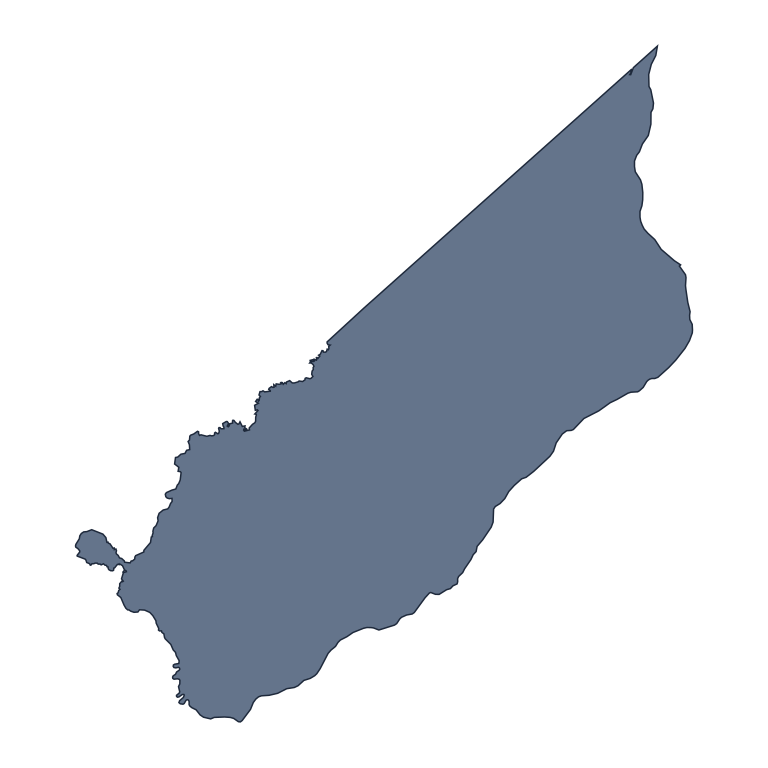 Yondó (Casabe), Antioquia, Colombia
{"feature_id": "7082276B5745739675661", "entity_name": "Yondó (Casabe)", "entity_type": "district", "adm_level": 2, "iso_a3": "COL", "parent_name": "Colombia", "parent_adm1": "Antioquia", "projection": "orthographic", "projection_center": [-74.31, 6.963], "detail": "fine", "context": "isolated", "style": "filled", "palette": "slate", "viewbox_px": 768, "rotation_deg": 0, "n_neighbors": 0, "source": "geoboundaries", "source_scale": "gbopen_adm2", "svg_char_len": 6095}
<svg xmlns="http://www.w3.org/2000/svg" viewBox="0 0 768 768"><path d="M327.1,341.9L327.1,343.1L328.0,344.7L330.2,345.1L328.7,346.4L328.9,348.4L328.4,349.7L327.2,349.1L326.5,351.5L325.4,352.2L323.4,352.1L323.0,350.7L322.0,350.6L320.3,354.2L318.6,355.2L319.8,356.1L318.1,358.3L317.0,357.5L316.4,357.6L316.8,359.7L316.4,360.2L314.4,359.3L314.5,360.8L314.0,361.3L313.2,359.6L310.1,360.4L310.2,361.0L311.8,361.0L312.3,361.5L310.5,361.9L309.7,363.0L311.3,363.0L313.2,364.6L313.9,366.3L313.1,367.7L313.3,369.5L312.1,371.1L311.7,374.3L312.9,376.5L311.1,378.3L309.9,378.7L306.2,377.8L305.1,378.4L305.0,379.8L302.6,381.5L299.1,381.0L298.0,381.9L294.2,383.0L292.2,382.9L289.7,380.6L286.5,382.0L286.2,383.6L284.8,382.7L283.2,384.3L282.3,382.6L281.1,382.4L280.7,382.7L281.3,383.4L281.1,383.9L279.1,384.3L276.2,383.9L275.7,386.2L273.8,384.7L274.0,387.3L272.9,387.4L271.5,386.6L269.1,388.4L268.7,389.4L270.3,390.6L270.3,391.2L264.7,391.9L263.0,390.8L261.7,391.6L260.0,391.6L259.0,395.0L260.4,396.5L259.5,397.5L259.2,400.4L258.5,401.1L257.9,399.3L257.1,399.3L255.6,401.5L258.3,403.3L254.6,405.3L255.3,410.3L257.3,409.8L258.0,410.5L254.8,414.0L256.2,414.3L256.4,414.9L255.7,417.1L255.6,421.3L254.8,422.8L252.5,424.3L249.2,428.0L249.5,429.9L244.4,431.2L243.6,430.2L243.8,429.3L246.3,430.1L247.0,429.8L246.6,428.9L244.7,427.8L245.0,425.9L242.3,426.4L240.0,421.8L238.9,423.9L237.9,424.3L235.3,422.3L234.0,420.5L233.0,420.2L232.5,420.9L232.6,423.1L229.9,423.7L229.0,426.1L228.2,426.8L227.2,426.1L228.6,423.5L227.3,421.6L226.3,421.5L222.7,423.6L223.1,425.9L223.9,427.2L223.9,428.7L221.1,428.8L220.0,427.6L219.0,427.6L218.6,428.3L219.3,431.2L218.8,433.1L217.9,433.8L215.4,432.3L214.6,433.0L214.6,434.6L213.7,435.5L211.8,435.9L210.0,435.4L206.9,436.3L201.0,434.8L199.5,435.4L198.6,433.6L198.6,431.8L197.5,431.3L193.7,434.0L190.6,435.2L189.8,436.2L189.5,440.0L188.1,441.5L189.4,444.7L189.7,449.6L186.6,450.3L185.0,453.4L180.9,454.2L177.7,457.1L175.5,457.5L174.6,464.0L178.8,467.3L178.1,471.3L180.4,471.7L181.1,472.6L180.2,480.0L178.7,483.6L177.3,485.1L175.8,489.0L171.9,490.1L166.4,492.6L165.3,494.2L165.8,496.7L167.1,498.0L169.3,498.7L172.0,498.4L172.1,501.5L170.6,503.4L169.1,507.1L167.7,508.9L163.2,510.0L159.1,513.3L157.6,517.7L158.1,520.8L156.1,525.6L153.7,528.0L152.9,531.3L153.1,532.9L152.2,535.5L152.4,536.6L151.3,537.0L150.5,542.5L143.9,550.3L143.8,552.0L135.7,555.6L134.9,557.0L134.7,559.1L132.6,560.8L131.2,561.0L130.1,562.9L124.6,562.2L124.3,560.9L121.7,558.5L119.5,557.9L118.2,555.4L116.5,554.0L116.0,552.7L116.5,550.7L115.9,549.0L114.3,549.6L114.2,548.0L113.0,548.3L110.0,543.8L108.3,543.1L108.0,542.1L106.9,542.3L105.9,537.6L102.9,534.1L91.7,529.7L86.9,531.6L83.7,531.9L81.3,533.5L79.8,535.8L79.3,538.8L75.9,544.3L75.5,546.0L75.9,547.3L77.8,548.5L79.7,550.8L79.7,552.0L77.1,555.4L77.2,556.1L85.1,559.1L86.0,560.2L86.7,562.5L89.6,563.7L90.3,565.2L91.1,565.0L92.0,563.7L93.9,563.7L95.1,563.1L97.4,563.2L98.1,564.1L100.2,564.1L101.1,564.9L103.5,563.8L105.0,565.2L106.5,565.4L107.1,566.8L108.0,566.9L108.3,568.8L109.0,569.8L110.7,570.7L112.7,570.8L113.6,570.2L113.8,568.1L114.6,567.9L117.4,564.4L118.1,564.6L119.1,563.8L119.6,564.6L120.4,564.3L122.5,565.7L124.5,570.0L126.0,570.7L126.4,571.7L124.2,572.4L123.8,571.0L122.9,572.1L123.2,573.3L121.5,578.9L123.3,581.2L122.6,581.7L121.8,581.2L119.7,583.7L119.7,586.4L118.9,588.1L120.0,589.3L118.7,590.5L118.1,592.8L117.1,593.5L117.4,594.8L120.8,597.5L124.1,605.2L125.9,608.3L127.7,609.9L128.9,609.9L130.8,611.2L134.0,612.3L137.9,612.0L139.5,609.8L144.6,610.1L149.8,612.4L152.8,615.6L155.9,620.7L156.2,623.2L158.7,628.4L158.5,630.1L159.5,630.9L161.5,630.9L161.9,632.4L163.9,633.9L164.5,637.4L165.2,638.8L170.8,644.4L173.2,649.9L175.5,652.4L176.3,655.6L179.2,660.8L178.8,663.5L174.7,664.2L173.4,665.0L173.2,666.4L173.9,667.5L175.8,667.9L178.5,667.3L179.4,667.9L179.8,669.1L179.2,670.2L176.6,672.0L175.5,674.3L173.2,675.8L172.6,677.1L172.8,678.4L174.0,679.2L177.5,678.8L179.4,679.4L179.9,680.4L179.8,683.9L178.5,686.6L179.7,691.7L179.3,693.0L176.5,695.3L176.6,696.5L177.5,697.2L179.0,696.9L182.3,694.5L183.8,694.4L184.3,695.1L183.4,697.4L179.6,700.7L178.9,702.6L180.3,703.8L183.0,704.2L184.2,703.5L186.1,700.2L187.3,699.7L188.4,700.1L189.1,701.4L189.1,704.7L189.8,706.0L191.7,707.6L196.1,709.8L200.1,714.9L203.5,717.2L210.7,718.9L214.2,717.4L224.6,717.0L230.2,717.4L233.7,718.4L238.4,721.7L240.4,721.9L242.2,720.5L250.5,709.4L253.3,702.5L255.8,699.1L258.6,696.8L261.5,695.8L269.1,695.3L277.7,693.3L286.7,688.7L294.3,687.5L298.1,685.7L303.9,680.4L310.2,678.4L314.7,675.7L316.8,673.7L320.2,668.6L328.1,653.4L331.0,650.1L335.5,646.4L338.0,642.4L340.4,640.0L346.9,636.7L353.0,632.5L363.5,628.3L366.9,627.5L371.1,627.6L373.4,627.9L378.9,630.0L394.5,625.1L396.7,623.6L399.8,618.9L401.5,617.3L406.6,615.0L412.2,614.0L414.3,612.5L425.1,597.7L429.4,593.0L430.8,592.5L435.4,594.3L439.1,594.4L446.6,589.7L450.4,588.6L453.0,585.8L457.1,583.9L457.7,581.7L457.6,578.7L458.6,576.5L462.7,572.6L464.6,568.8L470.9,559.6L473.2,554.7L476.1,551.6L477.1,546.4L482.7,539.8L491.2,527.2L493.1,522.1L493.6,509.0L495.3,506.5L500.1,503.5L504.8,498.6L508.8,491.5L514.2,485.5L521.7,478.8L526.1,477.3L533.7,471.4L549.9,456.3L553.5,451.2L556.2,442.9L562.3,434.0L566.7,430.7L571.3,430.4L573.4,429.5L583.9,418.5L598.9,410.8L610.2,402.7L617.1,399.4L627.9,393.2L631.0,392.2L637.7,391.8L639.4,390.8L643.2,387.4L646.7,381.6L648.0,380.3L649.6,379.2L651.8,378.5L654.8,378.5L657.9,377.3L668.6,367.7L675.7,360.2L685.0,348.4L689.5,340.6L692.3,332.9L692.5,330.0L692.2,324.3L689.8,319.5L689.6,315.2L690.1,311.7L687.8,302.4L685.9,289.4L685.5,285.7L686.0,277.7L685.5,274.7L679.4,266.1L680.6,264.9L674.2,260.6L661.2,249.4L654.8,239.6L647.9,233.3L644.1,229.0L642.2,225.2L640.7,221.3L640.0,217.2L640.0,211.4L641.9,205.8L642.7,199.9L642.8,192.6L641.9,184.3L640.5,179.9L635.3,171.8L634.5,166.6L634.5,161.0L636.7,155.3L639.4,151.8L642.4,144.0L648.3,135.5L650.9,124.2L651.0,112.3L652.9,108.8L653.5,103.1L650.8,89.8L649.0,86.5L648.7,74.5L651.3,64.3L655.8,55.5L657.4,46.1L633.4,67.6L630.7,74.7L629.7,74.6L630.9,72.9L630.9,71.3L631.9,69.0L364.1,307.9L327.1,341.9Z" fill="#64748b" stroke="#1e293b" stroke-width="1.5"/></svg>